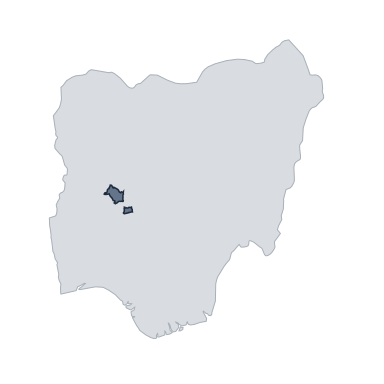 Lavun, Niger, Nigeria shown in context, rotated 350°
{"feature_id": "59680162B89203090045374", "entity_name": "Lavun", "entity_type": "district", "adm_level": 2, "iso_a3": "NGA", "parent_name": "Nigeria", "parent_adm1": "Niger", "projection": "natural_earth1", "projection_center": [5.651, 9.275], "detail": "fine", "context": "in_parent", "style": "filled", "palette": "slate", "viewbox_px": 384, "rotation_deg": 350, "n_neighbors": 0, "source": "geoboundaries", "source_scale": "gbopen_adm2", "svg_char_len": 6271}
<svg xmlns="http://www.w3.org/2000/svg" viewBox="0 0 384 384"><g transform="rotate(350 192 192)"><path d="M313.7,59.0L325.1,77.0L327.6,90.4L328.6,97.0L330.5,97.8L334.0,98.1L336.5,99.4L338.1,101.6L339.1,103.7L339.3,104.9L338.6,112.9L337.7,115.8L338.3,119.8L338.1,121.5L337.7,122.6L336.2,123.9L334.1,125.2L329.0,129.1L327.5,129.6L325.4,129.7L323.5,130.7L321.4,132.7L316.7,140.4L312.7,148.1L309.8,160.6L306.2,164.5L305.6,167.9L305.1,175.7L304.5,178.0L304.0,178.7L300.1,180.2L297.9,182.0L296.6,185.5L295.0,197.5L294.4,199.5L293.1,201.5L291.2,203.8L289.5,205.0L285.0,205.9L280.9,214.9L280.8,216.4L279.0,224.6L275.8,230.8L275.6,234.7L271.5,240.2L269.5,243.9L271.6,247.7L271.8,248.3L264.9,254.9L264.4,255.9L264.2,260.4L263.6,261.6L262.3,263.2L260.5,265.1L258.6,266.5L256.4,267.5L254.3,267.8L253.2,267.3L252.5,265.9L251.3,260.4L250.7,259.2L249.4,258.1L244.0,252.0L240.7,249.9L240.0,250.0L239.5,250.6L238.6,253.7L237.7,254.8L236.0,255.2L233.0,255.2L230.8,254.8L230.3,254.2L229.3,251.8L222.6,257.3L220.3,258.6L217.3,265.1L213.2,268.4L210.3,271.2L202.5,280.1L201.0,282.8L199.4,286.7L196.1,303.4L190.8,313.9L190.1,316.1L189.8,316.1L189.1,317.0L187.0,316.4L186.1,314.5L184.8,314.1L182.6,311.3L182.1,311.8L184.4,319.0L183.6,321.8L177.0,321.9L171.4,322.8L167.5,322.7L165.5,321.7L164.7,319.0L164.3,319.3L164.1,320.7L162.9,321.9L158.6,322.1L156.6,320.2L155.1,318.2L153.4,317.3L153.7,318.1L155.6,320.1L155.4,323.1L151.9,326.4L149.6,326.6L148.2,325.2L147.5,322.8L147.2,319.3L146.3,317.0L145.8,317.0L146.4,320.8L146.4,324.4L148.1,327.1L145.5,328.0L142.4,328.1L142.0,327.0L141.6,324.8L141.1,324.2L140.5,328.0L134.2,329.1L133.3,328.9L133.1,328.2L133.6,327.1L133.5,325.4L132.1,326.8L131.8,329.4L131.0,329.9L128.6,329.5L126.0,328.1L121.7,324.7L116.5,319.2L115.7,316.8L114.2,313.7L111.5,305.4L111.9,305.0L113.2,305.5L113.8,304.7L111.6,304.1L111.1,303.5L111.0,301.7L111.1,299.4L114.4,298.2L115.1,296.9L115.6,295.5L111.5,297.6L107.7,295.2L106.9,293.8L107.3,292.7L111.7,292.6L113.3,291.6L112.3,291.2L110.6,291.2L110.0,290.5L110.1,288.8L109.5,289.2L108.8,290.7L106.2,291.8L104.7,290.7L104.6,288.2L104.3,287.1L103.0,286.2L98.5,279.6L92.9,274.2L87.9,270.4L80.3,268.6L64.5,268.7L63.6,268.1L64.6,267.3L66.0,266.7L71.1,263.6L70.2,263.2L64.9,265.1L63.1,265.3L60.8,269.0L45.2,269.8L45.2,268.1L45.9,263.3L46.9,260.0L45.8,255.9L45.6,252.3L46.2,251.1L46.5,249.7L46.3,240.3L47.1,239.0L47.2,238.0L45.6,234.0L45.6,230.9L45.3,227.9L44.7,226.6L45.4,215.1L45.2,212.3L45.7,210.3L46.0,205.3L46.0,200.5L47.0,192.8L53.7,191.8L55.3,188.8L56.2,185.0L56.0,181.3L58.1,178.0L60.7,175.1L60.6,171.9L61.4,170.9L62.6,170.1L64.4,169.8L66.4,168.2L67.5,165.4L68.6,160.9L66.9,157.8L66.9,157.1L67.6,155.4L68.6,153.8L69.4,153.2L71.4,153.6L72.0,153.0L73.3,148.0L73.1,146.7L71.3,143.4L70.4,134.5L69.8,133.3L68.5,131.7L64.7,125.4L64.8,122.4L66.4,118.6L67.4,116.7L68.8,115.7L69.1,114.8L68.7,113.8L68.0,113.0L67.8,111.3L68.5,108.9L68.3,106.2L68.7,92.8L71.7,90.1L76.2,85.7L78.4,81.1L79.6,77.7L81.1,66.1L83.4,64.8L87.8,60.6L93.8,58.2L97.7,57.4L104.6,57.9L108.0,57.5L111.0,55.2L112.3,54.5L114.2,54.1L131.2,60.2L132.7,59.9L134.0,60.3L136.2,61.9L141.2,67.5L146.5,76.2L148.1,78.0L149.7,79.0L151.4,79.4L152.7,79.2L153.9,78.4L155.5,76.8L158.0,76.0L160.1,76.2L170.7,69.5L171.7,69.4L178.2,70.9L187.1,77.5L194.4,81.9L199.5,83.4L205.5,84.4L215.7,84.7L223.4,75.4L226.2,73.3L229.6,71.5L236.8,69.8L248.7,68.6L259.8,69.1L266.8,70.7L274.1,73.7L277.2,76.7L282.2,77.1L285.7,76.6L286.9,73.7L290.4,69.9L295.7,66.3L300.0,63.9L303.6,62.8L306.8,60.0L309.3,59.1L313.7,59.0ZM159.0,325.8L156.6,326.7L155.0,326.5L157.2,322.7L158.2,323.5L159.7,323.8L159.0,325.8Z" fill="#d9dde1" stroke="#a8b0b8" stroke-width="1"/><path d="M114.5,190.2L115.0,190.0L115.5,189.9L116.0,189.8L116.2,189.7L116.5,189.6L116.8,189.5L116.9,189.4L117.0,189.3L117.2,189.0L117.5,188.9L117.8,188.8L118.0,188.7L118.7,188.5L118.8,188.5L119.6,188.8L120.5,188.9L121.0,188.9L121.3,188.8L122.0,189.3L122.4,189.3L122.5,189.3L122.9,188.3L122.8,188.1L122.7,187.9L122.6,187.5L122.6,187.1L122.8,186.5L122.9,186.0L122.9,185.6L123.2,185.2L123.2,184.4L123.3,183.6L123.6,182.7L124.1,182.2L124.1,181.8L124.1,181.1L124.2,180.5L124.4,180.2L124.5,179.8L124.3,180.0L124.1,180.2L123.8,180.2L123.4,180.2L123.1,180.0L122.7,179.6L122.3,179.6L122.0,179.9L121.8,180.1L121.7,180.4L121.3,180.2L120.6,179.5L120.3,179.1L120.3,178.9L120.2,178.8L120.2,178.7L120.1,178.3L120.1,177.9L119.8,177.4L119.6,177.0L119.5,176.7L119.2,176.5L119.1,176.3L118.9,176.3L118.5,175.9L118.0,175.4L117.7,175.1L117.3,174.8L116.9,174.7L116.4,174.1L115.9,173.8L115.7,174.1L115.5,174.3L115.4,174.3L115.2,174.4L114.8,174.0L114.7,173.7L114.6,173.3L114.6,173.1L114.5,172.9L114.4,172.7L114.3,172.2L114.2,172.0L114.1,171.8L114.0,171.5L113.9,171.4L113.6,171.3L113.3,171.4L113.2,171.4L112.9,171.3L112.8,171.2L112.7,171.1L112.6,171.3L112.5,171.5L112.4,171.6L112.3,172.0L112.2,172.2L112.1,172.3L111.9,172.5L111.8,172.8L111.7,172.9L111.6,173.0L111.4,173.1L111.2,173.2L111.2,173.4L111.2,173.7L111.0,173.9L110.9,174.3L110.1,174.4L109.9,174.5L109.7,174.6L109.4,174.8L109.2,175.0L109.0,175.4L108.9,175.7L108.8,176.0L108.7,176.2L108.7,176.4L108.7,176.6L108.5,176.8L108.4,177.0L108.3,177.3L108.0,177.5L107.7,177.7L107.4,177.9L106.8,177.9L106.5,177.6L106.2,177.7L105.8,177.9L105.6,178.3L105.4,178.7L105.2,178.8L105.3,178.9L105.4,179.1L105.6,179.2L105.9,179.3L106.1,179.4L106.4,179.2L106.7,179.2L106.9,179.2L107.2,179.2L107.4,179.5L107.5,179.6L110.1,179.4L110.2,180.3L110.7,181.6L110.9,182.3L111.2,182.6L111.9,183.9L112.2,184.0L112.9,186.7L113.2,186.7L114.5,187.5L114.3,188.3L113.5,189.1L113.5,189.4L114.4,189.6L114.5,190.2ZM129.9,201.3L129.9,199.8L130.1,198.7L129.6,197.5L129.8,196.7L129.8,196.3L129.6,196.3L129.4,196.7L129.1,196.7L128.9,196.7L128.6,196.6L128.3,196.4L128.1,196.4L127.9,196.3L127.7,196.3L127.6,196.2L127.4,196.2L127.2,196.2L127.2,196.3L126.8,196.4L126.6,196.5L126.2,196.6L125.8,196.6L125.3,196.5L124.8,196.2L123.7,196.3L123.3,195.9L123.2,195.3L122.7,195.2L122.7,195.5L122.7,195.8L122.6,196.0L122.3,196.5L122.2,196.7L122.3,198.0L122.1,198.5L121.9,198.8L121.8,199.7L121.6,200.0L121.2,200.2L120.8,200.7L121.1,201.3L121.7,201.7L122.4,201.6L123.3,201.6L123.9,201.5L124.3,201.4L124.9,201.6L125.3,201.5L126.1,201.2L126.2,201.4L126.7,201.4L127.5,201.2L128.2,201.2L128.8,201.1L129.5,201.2L129.9,201.3Z" fill="#64748b" stroke="#1e293b" stroke-width="1.5"/></g></svg>